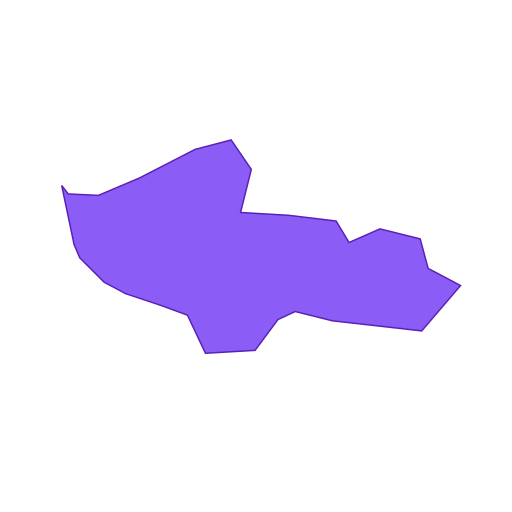 Jung-gu, Daejeon, South Korea, rotated 284°
{"feature_id": "91817680B30301323398004", "entity_name": "Jung-gu", "entity_type": "district", "adm_level": 2, "iso_a3": "KOR", "parent_name": "South Korea", "parent_adm1": "Daejeon", "projection": "albers", "projection_center": [127.417, 36.272], "detail": "fine", "context": "isolated", "style": "filled", "palette": "violet", "viewbox_px": 512, "rotation_deg": 284, "n_neighbors": 0, "source": "geoboundaries", "source_scale": "gbopen_adm2", "svg_char_len": 512}
<svg xmlns="http://www.w3.org/2000/svg" viewBox="0 0 512 512"><g transform="rotate(284 256 256)"><path d="M277.4,50.4L227.1,74.8L223.4,76.5L211.6,85.4L193.8,115.0L187.9,138.7L184.9,177.2L182.0,203.8L149.4,230.5L164.2,277.9L199.7,292.7L211.6,307.5L211.6,346.0L223.4,434.9L276.8,461.6L285.6,426.0L312.3,411.2L312.3,369.7L291.6,343.0L309.3,325.3L303.4,277.9L294.5,230.5L338.9,230.5L362.6,203.8L344.8,171.2L303.4,123.9L276.7,88.4L270.8,58.8L277.4,50.4Z" fill="#8b5cf6" stroke="#5b21b6" stroke-width="1.5"/></g></svg>